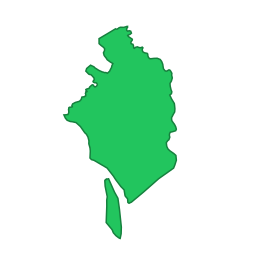 Burutu, Delta, Nigeria (orthographic projection), rotated 241°
{"feature_id": "59680162B9558481059390", "entity_name": "Burutu", "entity_type": "district", "adm_level": 2, "iso_a3": "NGA", "parent_name": "Nigeria", "parent_adm1": "Delta", "projection": "orthographic", "projection_center": [5.655, 5.239], "detail": "fine", "context": "isolated", "style": "filled", "palette": "green", "viewbox_px": 256, "rotation_deg": 241, "n_neighbors": 0, "source": "geoboundaries", "source_scale": "gbopen_adm2", "svg_char_len": 3297}
<svg xmlns="http://www.w3.org/2000/svg" viewBox="0 0 256 256"><g transform="rotate(241 128 128)"><path d="M220.8,165.0L220.5,156.7L220.2,146.0L215.8,143.6L213.4,144.4L210.4,145.7L208.7,146.0L207.0,144.9L205.7,143.0L203.0,142.3L201.5,142.5L199.8,142.8L197.8,142.9L194.5,144.4L191.7,146.0L190.2,144.0L188.9,142.9L187.8,141.1L186.6,139.5L185.9,136.5L187.2,135.6L187.3,135.5L187.7,134.4L188.5,133.8L189.5,132.7L192.6,130.4L196.7,128.2L198.0,127.9L201.1,125.7L200.1,120.7L198.2,118.7L194.1,119.8L193.2,120.6L192.4,121.6L189.8,122.2L188.3,122.5L187.7,122.3L186.8,122.0L186.3,121.2L185.9,120.2L185.5,119.9L184.8,120.0L184.3,120.4L183.5,121.0L183.0,122.1L182.4,122.3L181.5,122.4L180.7,122.1L180.4,121.7L180.1,121.3L179.8,120.2L179.8,119.5L180.1,118.9L181.0,118.5L182.1,118.5L182.8,118.2L183.1,117.6L183.0,116.7L182.4,114.3L181.6,113.5L181.8,112.0L182.1,110.6L182.0,110.3L182.1,109.9L182.0,109.7L181.8,109.7L180.9,109.9L180.7,109.7L180.7,109.4L180.6,109.1L180.4,109.2L180.1,109.8L179.7,109.8L179.7,108.9L179.5,108.2L178.9,107.5L177.7,107.3L176.5,106.4L176.7,105.6L176.5,104.7L176.9,104.1L177.4,102.7L175.6,100.8L174.9,98.5L175.9,94.3L175.9,91.2L174.8,89.8L173.6,89.6L173.8,88.4L174.5,86.9L174.5,86.2L172.9,84.9L171.6,84.4L170.2,83.7L168.9,82.0L170.0,79.3L170.5,78.3L168.4,78.1L167.8,78.1L167.1,78.0L164.3,78.5L161.7,80.6L160.5,82.3L157.9,85.2L152.3,87.1L144.8,87.9L142.7,88.6L139.5,88.6L137.2,88.0L135.7,87.6L133.2,86.1L129.0,85.1L126.2,83.9L123.9,82.5L120.2,80.2L118.1,80.7L116.2,82.6L103.2,90.3L93.2,91.9L88.7,92.2L80.1,93.4L75.8,94.6L70.5,92.7L69.4,92.6L66.3,93.3L62.9,91.8L61.7,92.4L61.5,95.1L64.5,110.7L68.8,130.3L70.8,148.4L72.9,151.0L76.4,154.7L80.8,156.6L83.4,155.7L87.7,153.6L90.3,152.8L93.2,153.0L96.6,154.4L97.7,156.7L97.9,158.1L99.7,160.1L101.7,160.7L102.9,161.6L103.8,162.9L103.1,165.4L102.5,168.4L103.5,169.7L105.8,170.3L108.8,170.4L110.8,170.1L113.4,169.9L115.9,171.1L117.3,173.3L117.6,173.6L119.4,176.6L122.0,178.3L125.2,179.7L127.0,180.4L132.2,180.2L136.6,180.5L136.9,182.6L138.4,183.9L140.7,184.2L144.1,185.2L146.6,186.3L148.1,188.8L150.3,191.0L151.6,191.4L153.0,191.8L154.6,192.9L157.0,192.9L158.5,192.6L159.0,191.9L159.0,190.9L159.0,189.4L159.9,188.2L162.4,187.7L164.3,188.3L166.9,189.3L169.9,189.7L172.3,189.4L174.8,187.4L176.3,184.5L177.4,181.8L178.0,180.7L179.7,180.1L181.6,180.4L183.1,181.1L184.1,180.9L184.9,179.9L185.9,178.8L187.6,177.9L189.0,178.2L190.2,178.8L190.8,179.9L191.8,179.7L192.2,177.7L193.2,176.5L194.4,175.6L194.9,173.8L194.6,172.2L195.3,171.8L197.0,172.6L198.8,172.9L199.3,172.4L200.3,171.6L201.6,172.1L202.1,172.9L202.7,174.2L203.5,174.8L203.8,174.7L204.1,174.6L205.0,174.1L206.4,173.4L207.8,172.7L209.1,172.6L209.2,173.3L208.9,175.0L209.1,176.1L209.3,177.0L211.4,177.3L212.5,176.2L212.8,174.7L214.0,174.2L215.4,174.9L215.6,175.0L215.8,175.5L216.2,176.4L217.0,176.8L217.0,176.7L217.5,176.0L217.6,174.8L217.7,174.6L218.1,173.1L218.9,171.7L219.8,170.2L220.0,168.6L219.8,167.6L219.8,166.2L220.7,165.0L220.8,165.0ZM93.0,86.4L93.5,84.9L93.7,84.6L93.8,84.5L93.7,84.3L93.8,84.3L93.8,83.7L93.7,83.5L93.7,83.2L93.5,82.6L93.3,82.5L93.2,82.2L88.2,79.8L77.9,76.5L75.2,74.4L70.0,71.6L55.9,63.1L46.7,64.8L43.5,64.4L39.8,65.2L36.6,66.6L35.6,67.2L35.2,67.6L38.8,70.7L44.5,74.1L61.0,81.1L71.4,85.1L78.4,85.1L93.0,86.4Z" fill="#22c55e" stroke="#15803d" stroke-width="1.5"/></g></svg>